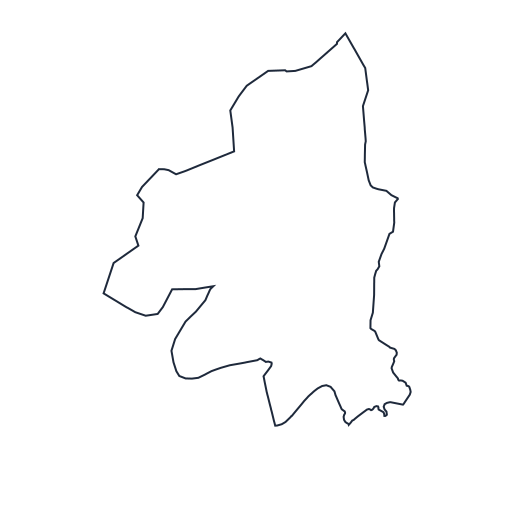 Ash Shamayatayn, Ta`izz, Yemen (Equal Earth projection), rotated 74°
{"feature_id": "15242507B595080071721", "entity_name": "Ash Shamayatayn", "entity_type": "district", "adm_level": 2, "iso_a3": "YEM", "parent_name": "Yemen", "parent_adm1": "Ta`izz", "projection": "equal_earth", "projection_center": [44.059, 13.173], "detail": "fine", "context": "isolated", "style": "outline", "palette": "slate", "viewbox_px": 512, "rotation_deg": 74, "n_neighbors": 0, "source": "geoboundaries", "source_scale": "gbopen_adm2", "svg_char_len": 4391}
<svg xmlns="http://www.w3.org/2000/svg" viewBox="0 0 512 512"><g transform="rotate(74 256 256)"><path d="M258.9,113.1L253.7,111.7L253.0,111.5L251.0,111.0L248.0,110.1L242.8,107.7L242.1,106.6L240.3,103.9L239.5,103.9L238.2,105.4L234.8,109.1L229.3,112.7L227.7,115.8L225.6,119.9L224.4,121.8L222.3,124.8L220.2,126.0L219.8,126.3L214.3,126.8L205.9,126.2L199.0,125.8L197.8,125.7L195.8,125.6L194.8,125.3L192.2,124.5L188.2,123.3L178.9,120.4L176.0,118.9L173.3,118.3L164.1,116.5L162.5,116.1L155.8,114.8L141.4,111.9L127.6,102.5L120.9,101.5L119.4,101.3L105.4,99.2L101.6,100.2L87.0,103.7L84.8,104.2L83.0,104.7L66.6,108.7L71.9,117.7L72.8,119.2L74.4,119.7L78.9,129.2L84.0,140.0L86.3,144.8L88.7,150.2L88.8,150.3L88.9,167.2L87.0,175.7L85.5,176.8L81.4,193.3L81.5,193.6L88.7,214.8L89.8,218.0L95.6,225.7L97.9,228.7L109.0,240.6L126.1,243.1L149.4,248.2L149.4,248.3L150.9,262.7L151.2,265.7L151.6,269.4L153.2,285.4L154.7,299.0L154.9,301.4L155.4,310.3L149.4,316.3L147.3,320.3L145.8,325.5L146.0,325.7L158.2,346.5L164.8,353.5L173.6,349.3L188.4,354.5L203.9,366.6L213.6,366.2L223.5,394.8L249.9,412.8L268.3,395.8L269.8,394.4L270.5,393.6L275.0,389.2L276.7,387.6L283.0,378.5L283.5,374.9L284.6,366.5L280.6,361.2L279.5,359.7L264.9,345.8L267.9,334.8L268.5,332.5L268.8,331.5L271.2,323.1L272.3,313.5L273.3,305.4L275.1,308.8L275.5,309.2L276.2,309.9L278.6,311.9L280.9,313.9L282.4,315.1L284.5,316.8L287.5,321.2L289.0,323.4L289.9,324.7L292.7,328.8L292.8,328.9L296.2,335.5L299.5,341.6L299.7,341.9L313.5,356.6L323.8,363.4L335.4,364.6L335.6,364.6L344.8,364.3L350.2,362.8L354.3,357.4L354.8,355.8L356.1,351.7L356.2,351.4L357.2,345.0L355.9,337.6L355.5,335.9L354.4,330.5L354.1,326.2L353.8,320.6L353.8,320.0L353.8,311.3L355.0,300.2L355.3,297.1L355.4,296.0L355.5,294.3L356.5,283.6L356.5,283.4L355.9,281.2L355.7,280.1L357.4,278.5L358.1,277.8L359.5,276.6L360.3,275.9L360.5,275.8L360.8,273.8L360.9,273.2L362.7,270.5L363.9,270.6L366.0,271.8L369.5,276.3L372.3,280.1L373.7,281.9L375.3,282.0L379.6,282.4L383.5,282.7L389.7,283.2L390.7,283.2L392.4,283.3L392.7,283.3L394.0,283.3L402.4,283.6L406.7,283.7L407.8,283.8L409.8,283.8L419.6,284.2L421.2,284.2L424.1,284.3L424.4,284.3L424.8,282.4L424.8,281.8L424.8,280.5L424.8,278.7L424.8,278.4L424.8,278.2L424.8,277.6L423.7,273.4L420.4,267.2L419.6,266.1L419.6,265.6L417.7,262.9L414.1,257.6L411.0,253.0L410.3,252.0L408.6,249.6L406.5,246.1L405.4,244.4L405.2,244.0L403.7,241.0L403.7,240.8L403.1,239.7L402.5,238.5L401.8,237.0L400.3,233.2L399.2,228.2L399.3,227.3L399.5,225.1L399.6,224.0L399.7,223.9L401.7,221.2L402.3,220.4L402.6,220.2L403.4,219.9L407.7,217.9L411.7,217.9L411.8,217.9L413.1,217.7L416.3,217.3L420.9,216.7L423.6,216.3L424.3,216.2L425.4,216.1L427.0,215.8L427.5,215.4L428.4,214.7L428.8,214.4L429.8,213.6L430.0,213.6L430.7,213.5L430.8,213.5L431.3,213.6L431.8,213.8L432.4,214.4L433.2,215.2L433.3,215.2L434.1,215.7L434.7,216.1L436.8,216.4L437.6,216.5L438.3,216.4L440.3,215.8L441.5,214.8L442.3,214.0L443.1,213.2L443.8,213.3L443.4,212.6L442.3,210.9L440.7,208.8L440.5,207.3L439.8,205.9L438.2,202.2L437.4,200.1L435.6,195.4L435.1,194.0L434.2,191.7L434.2,189.6L435.0,188.6L435.9,187.9L435.9,187.1L435.8,186.9L435.6,186.2L435.0,185.2L433.7,183.9L433.5,181.6L434.3,180.1L435.7,180.1L436.0,180.2L436.4,180.4L437.4,180.4L438.2,179.6L441.3,176.5L443.1,176.3L444.0,176.5L444.7,176.6L445.1,176.7L445.4,176.0L445.0,174.4L444.4,173.9L441.5,173.5L438.9,174.7L436.1,174.8L434.9,173.9L433.9,173.2L433.3,170.6L433.4,168.2L433.5,167.3L433.6,167.0L435.7,162.9L439.4,155.7L438.7,154.6L437.7,153.5L431.7,146.4L430.5,145.6L429.3,144.8L428.1,144.7L427.4,144.6L424.2,144.7L423.2,145.2L422.2,146.9L419.0,147.1L416.3,149.5L415.5,151.2L415.2,152.8L414.8,153.1L413.9,153.4L413.0,153.3L411.6,153.8L411.3,154.0L405.8,156.3L404.3,156.4L401.4,156.6L401.2,156.6L399.9,155.9L398.4,154.6L396.8,153.3L395.2,152.1L393.7,152.1L392.4,151.6L390.8,149.6L389.7,148.1L389.0,147.8L387.7,147.3L386.1,147.5L385.3,147.5L383.5,148.5L383.1,149.1L381.6,151.5L380.8,152.6L380.4,152.7L380.0,152.9L377.7,155.0L372.6,159.5L372.2,159.8L371.0,160.9L370.4,161.2L369.2,161.4L361.9,162.2L361.0,162.5L360.5,162.9L357.9,165.4L356.9,165.9L349.3,163.6L342.7,159.3L327.1,153.6L326.0,153.2L324.3,152.7L321.6,151.9L314.4,149.8L314.2,149.7L310.1,148.5L309.4,148.3L306.2,146.4L303.3,144.5L302.3,142.8L299.9,140.3L295.4,139.6L288.7,134.8L284.4,130.8L273.9,123.3L271.5,121.6L270.4,117.6L262.0,113.9L259.1,113.2L258.9,113.1Z" fill="none" stroke="#1e293b" stroke-width="2"/></g></svg>